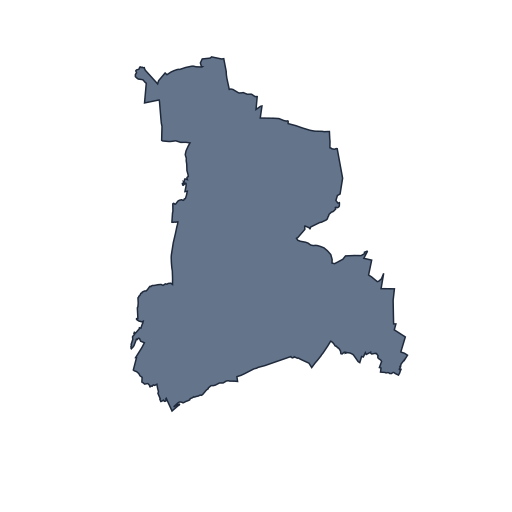 outline of Albota, Arges, Romania, rotated 290°
{"feature_id": "2599482B92204105458489", "entity_name": "Albota", "entity_type": "district", "adm_level": 2, "iso_a3": "ROU", "parent_name": "Romania", "parent_adm1": "Arges", "projection": "equal_earth", "projection_center": [24.826, 44.777], "detail": "fine", "context": "isolated", "style": "filled", "palette": "slate", "viewbox_px": 512, "rotation_deg": 290, "n_neighbors": 0, "source": "geoboundaries", "source_scale": "gbopen_adm2", "svg_char_len": 6082}
<svg xmlns="http://www.w3.org/2000/svg" viewBox="0 0 512 512"><g transform="rotate(290 256 256)"><path d="M199.0,431.1L199.3,430.8L198.7,429.8L198.4,429.7L198.5,429.4L199.7,429.4L201.3,429.8L201.4,429.1L203.2,429.5L203.9,429.2L209.1,430.9L208.9,431.1L214.6,432.3L215.4,428.8L215.3,425.2L215.4,424.9L231.0,424.0L233.9,411.2L240.0,410.7L239.3,408.5L261.3,400.0L272.5,397.3L268.1,384.7L283.4,381.9L277.5,381.7L274.2,379.9L273.4,378.7L275.9,371.7L276.6,368.3L291.7,366.1L290.7,358.1L298.2,359.1L298.5,358.7L296.6,356.6L295.4,357.2L292.3,354.6L290.2,348.5L286.7,340.1L282.6,338.7L275.7,332.5L275.3,329.9L278.8,328.7L282.9,325.8L285.3,321.4L286.9,317.1L287.0,313.3L286.8,310.1L286.4,308.4L285.4,306.3L285.0,303.6L285.9,300.6L285.9,297.9L285.0,292.4L285.1,289.8L286.5,288.0L287.7,289.0L297.7,292.8L300.5,291.6L301.0,291.8L300.7,296.4L300.0,297.2L300.1,297.5L301.9,297.4L309.3,304.5L310.1,305.9L313.8,309.6L315.1,310.3L317.8,310.3L318.4,310.5L320.2,310.4L323.2,312.0L323.7,312.9L324.9,313.7L327.3,314.8L328.6,314.0L328.8,314.1L329.2,314.8L329.1,315.6L329.5,316.3L330.6,317.0L331.4,317.2L333.8,316.5L334.6,316.1L333.7,314.9L335.5,312.1L340.7,311.8L343.0,313.8L358.7,310.8L384.6,295.6L384.4,294.6L383.2,293.4L383.0,292.4L382.7,290.5L383.1,289.5L383.0,288.4L389.1,286.3L391.4,285.2L398.1,282.4L396.1,277.4L395.8,275.6L393.4,268.5L392.6,263.6L392.2,256.0L392.1,248.7L391.4,240.9L393.7,240.1L393.7,239.1L393.2,238.6L392.8,235.9L393.0,230.6L391.6,225.8L387.1,212.8L399.0,210.3L398.4,209.3L397.7,208.7L393.7,205.9L406.2,202.6L405.5,200.5L406.5,196.5L406.1,195.2L405.0,192.5L405.2,188.1L404.4,186.7L403.4,184.4L403.4,183.6L404.6,177.3L404.3,175.2L403.4,173.9L413.1,167.8L416.3,166.1L419.2,164.9L430.4,158.2L429.4,156.4L427.9,146.1L427.2,145.8L426.2,145.1L422.8,138.1L418.6,137.7L418.1,137.9L415.3,140.0L415.5,140.8L415.1,140.5L413.3,135.0L413.0,132.3L412.5,130.9L409.1,125.4L405.2,120.5L404.9,119.3L404.2,118.1L402.0,115.4L399.8,113.2L395.9,110.3L396.9,108.0L387.4,104.5L384.1,104.7L392.7,88.4L393.9,87.2L394.8,86.6L394.3,85.5L394.5,84.6L393.9,83.7L394.2,83.1L394.1,82.5L393.9,82.3L393.3,82.1L392.0,82.3L390.9,81.4L390.1,80.2L389.1,79.7L388.7,79.8L387.7,80.9L387.1,81.1L385.9,80.7L385.2,80.6L383.3,81.3L382.5,83.1L382.0,84.8L382.8,88.5L382.8,89.7L381.3,92.3L380.8,93.8L361.7,98.9L369.2,111.1L369.5,111.5L368.5,112.3L351.8,120.0L348.6,121.5L345.7,123.3L332.4,127.8L332.2,129.0L333.8,135.1L334.2,136.2L336.8,141.2L337.0,146.3L338.9,151.4L339.7,155.3L336.1,154.7L330.8,154.3L327.2,154.8L325.9,155.6L324.2,157.0L321.5,157.9L318.6,159.5L312.6,161.9L309.4,164.2L307.6,165.2L306.7,164.5L306.1,164.3L305.5,164.5L304.3,165.4L304.3,163.5L303.9,162.7L301.2,163.1L301.2,162.3L300.5,162.9L299.9,163.1L299.6,163.0L299.4,162.4L299.0,162.0L298.0,162.6L297.6,162.9L297.5,163.3L297.9,163.7L299.7,164.4L300.2,164.7L300.4,165.1L300.0,165.6L299.0,165.8L298.7,166.2L292.2,167.2L293.4,169.3L289.0,169.9L285.8,170.0L285.1,169.1L283.8,169.0L283.4,168.6L283.3,168.0L283.5,167.0L282.4,165.2L281.3,164.1L280.7,163.8L277.3,162.7L276.9,162.1L277.4,160.7L276.9,160.2L276.5,160.0L269.4,162.7L268.0,162.8L259.0,165.4L259.2,166.4L260.1,168.0L260.3,169.0L261.4,170.8L259.3,171.4L256.6,171.6L249.6,172.6L240.3,173.7L228.0,176.1L225.9,176.7L220.7,178.8L216.4,180.8L213.3,182.5L206.3,185.3L200.7,187.3L201.3,185.2L200.2,182.9L199.0,181.9L198.8,180.3L196.6,178.7L196.8,176.5L195.6,173.9L193.4,170.2L192.9,168.8L192.0,167.9L191.4,167.8L191.2,167.5L191.3,167.0L191.1,166.6L187.6,165.6L185.9,164.9L185.5,164.6L185.1,163.4L183.9,162.1L183.0,161.4L182.4,161.4L181.4,160.5L179.9,160.5L178.0,159.7L176.9,159.7L176.3,159.4L171.5,161.4L167.9,162.4L166.8,162.2L156.8,166.4L156.6,165.6L156.3,165.2L155.9,165.2L155.4,165.8L154.9,167.7L154.8,168.7L155.1,169.8L154.9,170.4L155.1,171.3L156.1,172.3L153.6,172.6L153.2,172.4L148.8,172.5L148.7,171.0L147.6,171.2L142.9,169.4L142.5,169.0L142.7,167.8L141.5,167.8L141.5,168.7L141.0,168.7L138.1,167.6L137.1,167.9L135.7,168.7L130.2,168.9L129.5,169.5L128.2,169.4L127.5,169.9L126.7,170.0L126.2,170.6L129.0,171.8L130.3,172.0L137.0,172.1L137.0,173.2L138.0,173.3L138.7,174.0L138.4,175.0L136.5,176.7L136.3,180.8L131.0,180.1L119.3,177.6L119.5,178.5L106.9,179.7L106.5,180.9L106.5,183.3L105.5,186.0L103.8,187.9L103.0,190.5L98.7,191.8L98.3,192.2L98.3,193.3L97.5,195.1L99.0,197.6L99.0,198.4L98.0,200.2L96.8,201.0L97.0,201.5L98.0,201.9L98.1,203.0L99.5,203.4L99.8,203.8L99.7,204.6L99.8,205.1L101.6,206.7L98.0,208.8L95.1,210.8L93.4,210.8L89.1,214.8L88.6,214.6L86.7,216.3L87.0,216.8L88.9,218.4L88.4,219.0L88.5,219.3L88.2,219.8L88.8,220.8L89.4,221.0L91.1,220.1L91.6,220.3L81.6,230.1L88.5,233.9L89.8,234.9L90.4,234.9L90.6,234.7L89.6,233.4L87.9,231.7L86.4,230.6L86.1,230.2L91.3,232.9L92.4,233.8L92.9,234.6L93.1,235.8L93.2,237.0L93.0,237.4L93.2,237.9L95.7,240.2L96.3,241.1L98.1,242.9L99.2,242.9L100.1,243.6L100.9,244.6L102.3,245.6L102.1,245.8L102.7,246.9L103.5,247.7L103.8,248.4L104.1,248.6L104.4,249.4L106.2,251.1L106.4,252.3L107.5,253.2L113.2,255.3L114.9,256.5L115.7,256.3L118.9,258.2L119.6,260.3L120.8,262.0L124.1,265.0L125.5,268.6L128.4,270.9L129.3,272.6L129.5,274.3L131.1,278.8L131.8,281.6L136.1,279.3L138.7,282.7L141.6,285.6L149.3,292.7L150.9,295.1L152.0,296.0L156.1,301.9L173.4,323.1L172.9,323.5L172.7,325.0L173.8,326.4L174.4,326.4L174.1,329.7L174.6,330.9L174.2,332.8L173.4,342.4L170.2,346.5L175.6,348.1L179.3,349.5L184.7,351.3L185.3,351.3L187.5,352.1L195.6,354.1L201.5,355.3L201.5,356.1L200.4,358.7L199.4,360.1L198.7,360.9L198.5,361.4L198.7,362.4L197.7,364.0L197.8,364.7L197.0,366.2L195.6,367.9L193.4,369.1L193.2,369.4L193.4,370.4L195.8,371.8L196.2,373.2L195.2,373.2L196.5,375.1L197.0,377.7L196.7,380.4L196.3,381.5L191.7,388.1L191.3,390.0L197.7,389.6L197.8,391.4L202.6,391.8L201.2,393.3L204.8,396.6L204.1,396.9L203.8,397.2L203.5,398.3L205.3,401.3L205.2,402.1L205.5,402.1L205.6,402.6L203.9,404.9L203.5,404.8L202.4,405.1L201.6,406.0L200.9,408.8L199.8,410.1L193.4,410.1L193.5,411.8L189.5,412.7L190.7,417.1L190.6,418.2L191.5,419.7L191.7,420.7L191.3,421.8L191.8,423.4L193.4,424.6L193.6,425.1L193.6,426.1L193.2,426.8L192.8,430.6L195.1,431.0L197.6,430.9L199.0,431.1Z" fill="#64748b" stroke="#1e293b" stroke-width="1.5"/></g></svg>